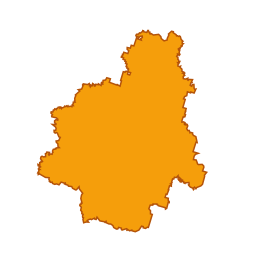 Lithgow, New South Wales, Australia, rotated 188°
{"feature_id": "25037944B76556859341208", "entity_name": "Lithgow", "entity_type": "district", "adm_level": 2, "iso_a3": "AUS", "parent_name": "Australia", "parent_adm1": "New South Wales", "projection": "orthographic", "projection_center": [150.218, -33.32], "detail": "fine", "context": "isolated", "style": "filled", "palette": "amber", "viewbox_px": 256, "rotation_deg": 188, "n_neighbors": 0, "source": "geoboundaries", "source_scale": "gbopen_adm2", "svg_char_len": 5767}
<svg xmlns="http://www.w3.org/2000/svg" viewBox="0 0 256 256"><g transform="rotate(188 128 128)"><path d="M67.4,171.8L66.2,176.0L67.4,175.6L68.0,176.3L68.8,180.3L70.3,180.0L70.7,178.2L72.4,178.9L72.0,181.5L70.9,182.0L71.4,182.8L70.8,184.9L74.3,184.6L75.1,183.6L75.8,184.1L75.7,185.6L77.9,184.4L80.1,184.6L80.5,186.6L79.2,188.0L80.1,188.4L79.6,189.7L81.3,189.9L80.1,190.9L82.5,191.7L82.8,193.8L84.8,195.2L84.6,196.5L85.4,196.0L87.2,196.3L87.4,197.7L86.9,198.4L87.8,199.5L86.5,199.4L86.1,200.7L87.0,200.2L87.1,202.1L88.3,203.0L88.2,204.4L89.8,205.8L89.0,207.1L89.3,208.2L88.0,208.0L87.5,207.0L86.8,208.0L87.9,209.9L87.6,211.9L88.6,212.1L89.2,213.3L88.3,214.1L88.1,213.3L87.6,213.4L87.3,215.1L86.3,216.2L86.6,216.8L85.8,216.8L85.8,218.2L85.0,219.2L86.1,219.3L86.3,221.2L85.7,221.6L87.7,223.1L88.9,225.8L89.7,226.3L90.8,225.7L91.9,226.3L92.8,226.0L93.3,227.1L96.6,228.7L96.5,229.7L98.3,229.9L101.0,226.7L100.5,225.8L101.6,222.2L101.5,220.6L104.4,219.3L107.5,221.2L108.2,223.1L110.7,225.0L115.8,223.6L118.1,224.7L119.2,224.2L119.8,224.9L119.6,225.9L121.6,226.2L121.4,227.4L121.9,227.4L122.8,225.2L125.8,225.5L126.1,226.4L126.9,226.5L126.8,225.9L128.9,223.7L129.9,223.8L130.6,222.5L132.6,222.0L133.1,220.8L132.1,219.2L131.0,220.1L130.6,219.0L129.9,218.9L128.8,220.5L126.7,221.0L126.4,219.6L127.8,218.3L127.1,216.9L132.2,217.9L133.6,210.1L136.3,210.4L136.8,207.4L140.0,207.6L139.8,205.8L138.0,204.6L138.5,201.7L142.7,202.4L143.1,200.0L143.7,200.1L143.5,197.9L144.4,198.1L144.5,197.2L142.1,196.8L142.4,195.3L140.2,194.9L140.4,193.6L139.1,193.3L139.4,191.5L137.9,191.2L138.4,188.6L137.6,188.5L137.5,187.2L136.2,187.0L136.3,186.3L135.7,186.2L136.0,184.3L135.5,183.6L133.1,183.2L133.7,180.7L135.9,181.1L135.8,183.6L137.6,184.0L138.6,183.6L138.7,182.8L140.5,183.1L141.9,174.0L141.0,173.8L141.7,168.3L144.7,169.5L144.8,169.0L145.6,169.1L152.9,170.7L152.3,174.3L156.0,174.8L156.9,172.4L159.3,171.7L159.2,169.4L160.4,169.5L160.8,168.7L159.4,167.9L160.4,167.5L160.6,166.3L163.4,167.6L163.4,166.8L166.0,166.8L166.2,165.2L166.7,164.9L167.2,166.1L169.2,167.2L169.5,165.7L168.8,165.6L168.8,164.9L170.4,164.6L171.0,163.5L171.5,164.8L171.0,165.4L171.8,165.8L172.2,165.1L172.6,166.6L174.1,165.4L178.4,165.5L178.7,165.1L178.1,164.6L178.9,164.1L178.5,163.3L179.3,160.1L182.6,159.0L180.9,157.9L184.7,153.4L184.2,152.9L184.9,150.0L184.4,147.7L184.8,147.3L184.0,146.3L185.8,145.9L185.5,144.5L186.4,143.5L185.3,142.5L186.5,142.2L186.6,141.3L187.4,141.7L189.8,140.9L190.5,141.7L191.1,140.7L191.9,141.4L192.7,140.5L193.7,140.9L194.2,139.8L195.7,138.8L196.6,139.1L196.7,138.1L197.4,138.8L198.2,138.2L198.3,139.4L200.1,138.8L200.5,137.6L201.6,137.3L201.6,136.3L203.2,136.8L203.6,135.5L204.4,135.4L204.7,133.4L206.3,133.3L206.4,132.1L204.6,130.6L205.3,129.3L205.0,128.5L200.3,128.1L198.7,127.0L198.7,126.0L200.4,126.3L201.7,124.9L201.4,123.0L199.8,122.0L199.9,121.3L203.4,121.0L199.9,118.9L199.1,117.6L199.3,115.5L200.9,115.4L200.5,113.5L199.4,112.8L198.3,113.5L197.3,113.2L195.2,109.6L193.8,109.3L194.9,105.9L197.4,105.1L196.9,103.7L195.3,102.7L194.7,99.9L193.4,99.0L195.9,98.4L196.4,97.4L197.1,97.7L197.4,96.8L199.0,96.5L199.6,94.6L198.9,93.5L199.5,92.7L199.5,91.4L201.3,91.5L202.4,90.1L203.0,90.7L202.3,92.9L205.0,92.9L205.3,91.5L206.2,91.1L205.6,88.2L207.6,87.6L209.2,88.1L210.2,87.2L210.3,85.3L208.0,83.0L208.6,82.4L209.4,83.0L209.8,81.8L210.6,81.5L210.2,79.1L212.1,79.5L211.7,78.1L208.6,77.3L210.4,76.9L210.7,75.5L209.7,74.8L210.9,74.7L210.2,73.4L211.1,71.0L209.4,71.1L210.6,70.4L210.4,69.4L209.2,70.2L202.9,67.6L199.2,67.8L199.1,65.8L197.6,64.1L198.0,63.9L197.0,63.4L195.5,63.8L195.0,62.6L192.8,62.0L190.9,62.7L188.4,62.1L186.7,65.1L183.5,64.6L183.2,63.9L182.4,64.7L181.9,63.4L179.5,63.0L178.9,62.1L175.6,62.2L174.5,60.6L171.3,59.4L170.5,59.6L168.3,63.0L167.6,60.8L163.8,57.1L164.7,55.2L164.9,51.6L163.1,47.3L164.0,47.0L163.8,46.1L164.9,45.7L164.9,44.4L163.2,43.1L163.4,40.0L162.0,38.6L161.8,36.7L160.4,36.2L160.8,34.6L160.4,33.1L159.6,32.9L159.9,31.2L158.7,28.0L156.3,29.1L154.0,29.3L155.5,30.7L153.9,32.0L152.3,32.6L151.5,32.2L148.7,34.0L148.0,33.0L146.8,33.0L146.3,35.4L142.9,32.1L138.5,31.9L137.6,31.3L136.8,32.5L136.2,31.1L133.4,30.3L131.7,30.5L129.4,29.3L128.3,27.5L125.4,26.3L124.1,26.6L123.4,28.3L120.6,27.9L120.4,26.6L119.7,26.1L115.4,28.1L114.4,27.5L115.2,26.1L113.9,27.3L112.1,26.4L110.0,27.4L109.8,26.8L106.4,26.3L103.0,28.4L100.9,32.7L99.2,32.5L99.1,31.3L96.7,31.0L94.9,32.5L94.0,32.4L91.9,45.8L93.8,46.1L94.2,49.2L96.1,50.9L95.3,54.7L93.4,55.0L92.8,56.0L92.5,55.5L92.1,56.2L89.1,56.7L88.6,56.2L88.2,56.5L87.3,55.3L80.0,54.3L79.6,52.9L78.5,53.8L77.8,60.1L76.8,59.9L76.9,60.7L78.2,62.1L78.3,64.0L81.6,64.4L81.1,67.8L80.1,67.7L79.2,71.7L79.0,72.4L79.5,72.5L78.8,76.7L77.0,76.4L77.3,78.1L77.8,78.5L77.2,78.6L77.5,79.4L76.8,80.0L77.2,80.9L76.8,83.8L75.6,83.8L75.2,85.7L73.3,85.6L71.8,87.7L71.4,85.3L70.5,86.3L68.9,85.2L70.8,83.9L70.4,83.4L69.4,83.8L69.5,82.8L68.7,81.9L67.8,82.7L67.9,84.1L66.8,84.0L66.9,82.4L66.2,82.9L65.1,82.3L65.2,81.5L63.8,81.0L63.5,81.7L60.1,82.5L59.6,80.7L60.2,80.1L59.8,79.6L58.1,78.2L55.4,77.4L54.6,76.0L54.2,76.5L54.8,77.7L53.9,78.7L52.3,77.3L51.7,78.6L47.7,80.9L46.4,82.6L45.4,90.7L45.7,92.0L43.9,95.1L48.2,95.8L47.4,99.7L47.8,101.0L49.5,102.3L53.1,101.6L54.0,102.0L56.0,105.8L58.8,105.8L58.6,109.2L57.6,111.3L54.9,112.7L60.3,113.6L58.7,123.4L57.5,123.2L59.6,128.9L62.0,129.7L63.2,130.8L63.3,132.1L65.4,132.4L65.9,131.9L67.1,134.1L68.5,133.8L69.8,135.6L69.1,138.4L69.9,139.8L70.9,140.0L70.8,139.2L71.9,139.1L72.6,139.4L72.7,140.1L71.9,140.2L72.3,141.3L74.0,141.8L75.4,141.3L75.6,142.8L75.0,146.5L74.2,146.5L74.1,147.3L73.2,147.2L73.1,148.0L72.9,149.3L73.9,149.7L73.2,152.5L73.5,152.5L73.1,155.4L76.5,155.9L75.3,164.3L77.1,164.6L76.3,167.0L74.3,168.2L74.2,172.1L70.9,171.5L70.8,172.4L67.4,171.8Z" fill="#f59e0b" stroke="#b45309" stroke-width="1.5"/></g></svg>